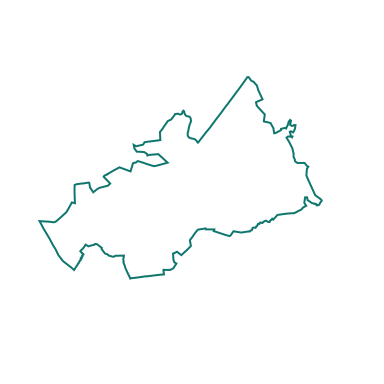 Rembates pag., Keguma, Latvia, rotated 31°
{"feature_id": "27541924B57720709752494", "entity_name": "Rembates pag.", "entity_type": "district", "adm_level": 2, "iso_a3": "LVA", "parent_name": "Latvia", "parent_adm1": "Keguma", "projection": "albers", "projection_center": [24.823, 56.781], "detail": "fine", "context": "isolated", "style": "outline", "palette": "teal", "viewbox_px": 384, "rotation_deg": 31, "n_neighbors": 0, "source": "geoboundaries", "source_scale": "gbopen_adm2", "svg_char_len": 5690}
<svg xmlns="http://www.w3.org/2000/svg" viewBox="0 0 384 384"><g transform="rotate(31 192 192)"><path d="M87.8,246.5L91.1,252.2L97.4,261.9L94.4,262.8L94.6,267.8L94.7,270.3L94.7,274.1L92.3,282.1L90.7,287.0L90.4,287.5L90.1,288.1L88.9,289.3L85.5,290.7L76.3,295.5L80.5,297.9L83.2,299.6L94.0,305.4L100.3,309.2L104.1,311.1L110.0,314.9L114.2,316.6L117.1,317.7L127.4,318.9L131.1,319.6L131.3,313.0L131.4,312.8L131.3,312.5L131.3,312.3L131.2,312.2L131.2,311.7L131.3,311.4L131.4,311.0L131.5,310.9L131.6,310.6L131.4,309.9L131.2,309.3L131.1,309.1L131.6,308.2L131.6,307.8L131.5,307.7L131.4,307.4L131.2,307.2L131.3,306.8L131.4,306.7L130.9,306.3L130.8,306.2L131.0,306.0L131.1,305.9L130.8,305.5L130.9,305.0L131.0,305.1L131.3,304.9L131.0,304.6L130.9,304.3L130.8,304.2L130.7,304.0L130.9,303.8L130.8,303.6L131.0,303.5L130.8,303.3L130.8,303.0L130.9,302.4L131.0,301.9L131.1,301.7L131.1,301.3L129.0,300.8L128.9,301.0L127.6,300.5L126.8,300.3L126.9,299.0L127.2,298.4L127.8,295.5L127.9,291.9L130.3,291.9L131.1,292.0L132.2,290.8L134.1,288.8L135.2,287.9L135.7,286.4L136.4,286.3L137.1,285.7L138.7,285.8L143.6,286.4L143.8,287.4L149.0,289.5L152.3,289.0L153.4,289.4L155.7,288.7L156.6,288.6L158.5,287.6L159.1,286.2L160.0,285.6L166.4,281.6L166.8,282.3L167.3,284.0L167.5,284.6L167.8,285.2L168.2,285.6L169.3,286.9L169.3,287.4L169.5,287.5L169.8,287.7L170.5,288.6L171.7,289.3L174.6,291.9L180.4,295.8L181.8,296.6L183.6,297.9L183.7,297.6L186.7,295.4L191.4,291.7L195.7,288.1L196.4,287.8L206.4,280.0L210.4,277.1L207.6,273.5L207.6,273.4L207.8,273.4L213.6,269.9L215.3,267.0L215.4,263.0L215.5,262.2L215.4,261.8L215.4,261.3L213.2,261.4L212.4,260.9L211.0,259.6L207.5,254.6L208.8,252.7L209.8,251.1L210.1,250.9L210.3,251.0L215.4,251.6L217.1,245.7L217.9,243.0L218.7,239.7L218.8,238.8L217.4,237.2L216.6,236.2L215.9,235.5L215.0,234.4L215.5,230.1L215.7,226.6L215.7,225.9L216.4,221.3L222.4,216.2L223.1,216.9L230.4,212.6L230.7,214.3L241.8,211.8L246.8,210.5L247.3,209.9L247.4,209.5L247.6,206.7L247.7,205.6L247.8,204.3L251.8,202.7L255.1,201.4L261.0,196.5L261.5,196.4L261.8,196.1L261.8,195.6L262.0,195.1L262.2,194.6L262.3,194.5L262.6,194.3L262.8,194.2L263.0,193.7L263.0,193.3L262.5,192.2L262.5,191.5L262.8,191.0L263.7,190.5L264.9,190.0L265.0,189.8L264.8,188.8L264.8,188.3L265.3,187.7L265.3,187.0L265.0,186.1L265.0,185.5L265.1,185.4L265.3,185.3L266.1,184.9L266.2,184.7L265.9,183.8L265.9,183.6L266.0,183.3L266.3,183.0L267.1,182.6L267.5,182.5L267.9,182.6L268.0,182.5L268.2,182.4L268.4,182.1L268.5,181.8L268.5,181.7L268.4,181.5L268.4,181.2L268.9,180.3L269.4,179.3L269.9,178.8L270.0,178.6L270.3,178.4L270.7,178.4L271.9,178.5L272.6,178.5L273.4,178.1L273.5,178.0L273.8,177.7L274.0,177.6L273.7,176.6L273.7,176.1L274.2,175.5L274.5,173.6L275.8,173.9L277.1,167.6L283.3,162.6L283.8,162.3L283.8,162.2L285.2,161.1L290.6,157.4L294.2,151.5L294.8,150.7L295.2,148.1L295.3,148.0L295.3,147.9L297.0,145.0L293.8,143.4L291.7,138.3L293.4,137.3L295.2,139.4L300.7,139.7L303.5,138.7L303.5,138.9L304.9,138.4L305.7,139.2L306.5,138.8L306.9,138.0L307.5,137.6L307.6,136.6L307.4,135.8L307.7,132.8L307.7,132.6L306.3,131.9L299.3,131.3L287.2,123.0L285.2,121.6L281.6,119.0L279.6,115.1L278.6,112.9L278.6,110.4L277.5,110.6L273.5,109.1L267.4,112.8L267.0,112.8L266.4,112.8L264.6,112.6L264.4,112.5L264.2,112.4L263.4,111.2L263.0,110.9L261.2,109.8L261.0,109.7L259.3,106.7L258.3,105.8L255.6,102.9L249.6,99.1L245.0,96.7L245.8,94.9L248.3,93.6L249.6,93.6L249.5,92.7L248.1,93.1L244.8,90.0L245.5,89.0L248.0,88.8L248.0,86.8L247.6,84.6L246.3,81.4L245.0,82.0L244.5,83.3L243.5,83.9L241.5,83.9L240.1,79.9L239.0,79.7L238.7,81.8L239.6,85.4L239.9,89.1L238.9,89.0L235.8,92.0L236.4,93.2L233.2,98.5L232.2,99.3L229.6,96.3L229.1,95.5L223.7,92.4L217.3,94.5L217.1,94.3L214.5,88.1L214.4,88.0L212.5,87.5L205.3,85.4L203.6,84.8L203.1,84.7L200.6,82.1L201.6,80.6L204.0,77.3L204.7,76.2L202.4,74.7L197.5,71.3L197.2,71.1L196.8,71.0L194.0,68.4L192.6,67.2L190.4,66.6L189.1,66.1L188.3,66.0L188.0,65.8L187.3,66.0L185.2,66.0L183.6,65.3L181.5,64.4L181.3,64.4L181.0,64.5L180.2,65.3L180.3,65.6L179.4,76.9L178.6,84.9L177.5,95.8L177.4,97.1L177.3,98.3L176.8,101.8L176.1,109.9L175.2,117.4L174.2,128.0L173.2,134.2L172.8,137.9L172.1,143.7L171.8,146.5L171.5,146.7L170.9,146.5L169.8,145.9L168.4,145.5L167.5,145.4L166.8,145.4L165.2,145.9L163.5,146.5L162.3,146.8L161.4,146.8L160.6,146.6L159.7,146.1L159.2,145.7L158.0,143.9L157.3,141.2L156.7,140.0L156.5,139.1L156.2,138.6L155.4,135.8L155.2,134.9L154.8,132.2L154.4,131.4L153.3,130.0L152.0,129.0L151.3,128.8L150.3,128.9L149.1,129.5L148.2,129.7L147.4,129.7L146.1,129.1L144.4,127.8L143.9,127.1L143.7,126.9L143.3,126.8L142.8,126.7L142.6,127.2L142.6,128.2L142.6,128.7L142.9,129.3L143.1,129.9L142.9,130.6L142.5,131.2L141.9,131.7L141.6,131.8L139.6,132.1L138.7,132.9L138.3,133.2L137.8,133.6L137.4,133.9L137.5,134.1L137.3,136.2L137.0,138.9L136.8,140.5L136.6,140.9L134.7,143.7L134.6,145.4L134.2,150.9L134.2,153.2L134.0,155.0L133.6,157.0L136.1,160.8L138.1,163.8L133.8,167.3L131.7,168.9L127.8,172.0L125.7,173.8L125.7,176.6L120.5,181.6L117.8,181.6L120.0,184.2L123.8,185.9L126.7,184.3L130.5,182.4L134.0,182.5L135.0,183.7L136.5,182.0L138.8,180.4L140.7,179.0L143.7,176.9L143.8,177.0L148.7,177.9L156.0,179.4L152.8,182.8L147.5,188.3L146.0,189.5L138.3,191.4L135.7,191.9L129.6,193.4L129.0,194.8L128.7,195.9L127.9,196.2L126.6,197.7L128.7,206.0L117.2,208.2L113.5,214.3L111.6,217.9L109.6,221.3L109.8,221.3L108.9,222.5L108.3,224.0L108.4,224.4L109.3,224.7L110.1,224.9L110.8,225.1L116.2,226.5L117.5,226.9L116.7,229.9L110.7,235.9L109.2,238.4L107.9,242.1L107.8,242.4L107.3,242.9L107.3,243.0L105.0,242.0L104.6,241.7L102.9,241.0L102.9,240.9L102.3,240.7L101.5,239.7L99.5,237.4L99.0,237.0L97.9,237.7L95.0,240.2L94.3,240.7L93.8,241.0L89.5,244.4L88.7,245.2L87.8,246.5Z" fill="none" stroke="#0f766e" stroke-width="2"/></g></svg>